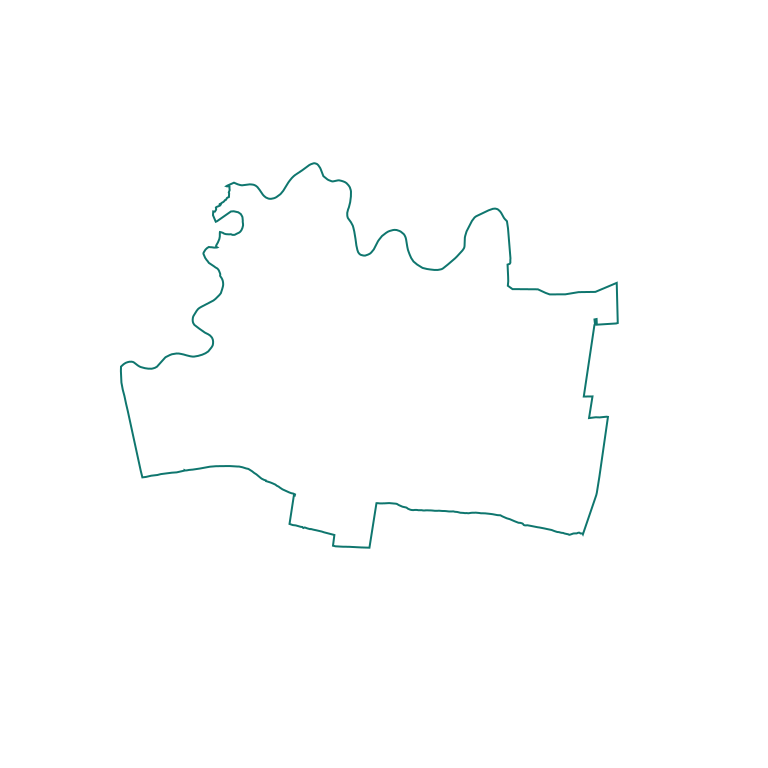 the district of Candesti, Botosani, Romania, rotated 131°
{"feature_id": "2599482B64349718392077", "entity_name": "Candesti", "entity_type": "district", "adm_level": 2, "iso_a3": "ROU", "parent_name": "Romania", "parent_adm1": "Botosani", "projection": "robinson", "projection_center": [26.21, 47.926], "detail": "fine", "context": "isolated", "style": "outline", "palette": "teal", "viewbox_px": 768, "rotation_deg": 131, "n_neighbors": 0, "source": "geoboundaries", "source_scale": "gbopen_adm2", "svg_char_len": 6142}
<svg xmlns="http://www.w3.org/2000/svg" viewBox="0 0 768 768"><g transform="rotate(131 384 384)"><path d="M543.4,593.9L546.8,591.1L555.2,583.1L559.7,577.4L563.3,572.1L568.2,565.6L572.3,559.9L599.8,523.1L609.2,510.5L613.0,505.1L610.2,502.6L605.9,499.5L601.3,495.3L598.4,493.3L590.1,485.9L586.7,482.5L580.3,477.8L579.9,478.1L579.8,477.7L579.6,477.2L578.6,476.2L576.7,474.7L574.1,472.2L568.6,467.5L560.7,461.2L556.2,456.8L547.3,446.8L542.6,440.7L542.0,440.0L541.3,439.1L539.7,436.2L538.1,432.5L537.2,430.9L537.0,430.2L536.4,426.3L536.3,423.7L535.9,421.0L535.8,415.2L535.7,414.1L535.0,411.5L534.3,409.9L534.7,409.4L532.9,405.3L532.1,403.0L531.2,400.0L531.1,398.0L530.6,396.3L530.5,394.5L530.1,391.5L528.0,384.4L527.2,382.3L526.2,380.5L525.7,378.7L526.9,378.1L527.4,378.8L551.6,363.5L550.3,360.3L548.6,357.8L546.4,353.1L545.5,351.8L545.6,351.1L545.6,350.4L544.4,349.8L544.1,349.3L543.3,347.2L542.0,344.5L541.5,344.2L540.2,341.6L538.8,339.1L536.2,334.2L535.3,332.0L530.5,322.4L539.5,316.4L538.3,314.1L533.8,308.3L529.9,303.7L522.4,294.1L517.1,287.6L478.9,311.5L478.4,311.0L476.6,308.5L473.8,305.4L470.5,302.0L466.4,296.3L466.0,295.4L465.7,293.5L464.5,289.6L462.7,286.3L462.5,285.7L462.4,284.0L461.7,281.9L461.1,280.7L460.1,279.3L458.7,278.0L457.3,276.3L456.8,275.4L454.4,272.6L453.8,271.5L452.6,270.1L451.9,269.6L448.2,265.1L446.3,262.4L443.2,258.9L441.9,257.1L439.6,254.3L437.4,251.1L434.6,248.0L434.0,246.8L432.5,244.7L431.0,241.8L429.2,239.5L428.3,238.1L427.3,237.1L426.1,235.4L423.9,233.6L420.8,230.2L418.8,227.4L418.0,226.1L415.4,223.0L412.2,218.4L411.0,216.6L408.5,212.3L406.7,210.0L406.3,208.0L405.4,205.1L404.8,203.2L403.5,200.4L401.9,195.4L400.5,191.5L399.3,189.9L398.5,188.1L398.4,187.6L398.7,186.1L398.4,185.2L397.7,184.2L396.6,183.2L395.0,180.5L391.2,173.9L390.4,172.7L387.8,168.2L386.5,165.8L384.2,161.7L383.2,158.9L382.0,156.1L381.1,154.9L379.9,152.5L378.9,151.1L378.4,149.7L376.5,146.2L376.3,145.3L375.4,144.6L372.6,143.0L371.4,141.8L370.4,140.6L368.8,139.8L368.3,139.3L368.0,138.9L367.9,137.7L366.7,136.3L366.7,135.8L366.9,135.3L333.0,149.1L328.6,150.9L326.5,152.0L312.7,160.6L261.9,193.4L262.7,194.6L267.7,199.3L270.2,202.4L275.2,206.9L256.6,218.5L262.4,225.0L201.4,263.9L200.8,263.6L197.2,267.5L195.5,266.2L199.6,262.3L186.0,248.5L184.6,247.6L155.0,274.7L175.8,284.9L187.0,297.4L197.5,306.1L207.7,317.8L209.2,321.7L211.6,330.0L228.1,349.3L228.6,355.0L225.0,357.6L221.6,360.7L212.8,369.1L210.9,368.0L209.6,368.2L207.3,370.2L206.2,371.0L185.2,392.5L180.5,398.0L180.2,401.2L179.9,402.6L178.1,407.5L177.6,409.5L177.5,411.9L177.6,413.0L178.4,414.7L178.8,415.3L180.4,416.8L184.3,419.0L195.6,423.9L197.0,424.5L198.9,424.9L203.3,424.6L214.7,421.8L218.9,419.9L220.5,419.0L226.7,414.0L227.7,413.3L228.8,412.8L230.5,412.5L232.2,412.4L239.9,412.6L242.5,412.8L252.0,414.2L258.0,415.3L259.4,415.8L260.3,416.4L262.7,418.3L264.8,420.7L267.4,424.5L269.0,427.0L270.7,430.3L271.1,431.1L272.1,437.3L272.2,442.1L271.1,446.1L269.5,449.5L268.1,452.1L267.0,454.0L265.2,456.4L260.3,462.3L259.2,463.9L258.3,465.9L257.9,467.4L258.0,471.2L258.4,472.8L259.5,475.5L260.8,477.2L261.9,478.2L264.9,480.2L266.6,481.0L268.6,481.6L273.7,482.6L278.3,482.4L280.2,482.2L289.1,480.0L292.7,479.9L294.2,480.0L295.3,480.3L296.9,481.0L299.5,482.5L300.6,483.9L301.7,486.1L301.9,487.1L301.9,488.1L301.7,489.1L301.5,489.9L300.4,491.9L297.6,495.7L293.2,500.7L288.4,506.5L286.1,509.7L285.0,511.4L283.6,515.1L282.5,519.8L282.3,520.4L281.2,522.0L279.0,524.0L275.9,525.6L273.7,526.4L269.0,528.8L264.2,532.0L260.4,535.2L259.5,536.3L258.1,538.6L257.7,539.6L257.3,541.3L257.0,544.1L257.3,546.1L257.9,547.8L258.7,549.6L259.8,551.6L260.6,552.4L264.3,555.2L264.9,555.8L265.4,556.7L266.4,559.5L266.7,560.8L266.9,566.1L263.5,572.5L262.8,574.0L262.0,577.1L261.9,578.5L262.1,579.4L262.8,581.0L263.6,581.9L266.0,583.3L267.7,584.0L276.2,585.9L284.2,588.1L286.4,588.5L289.0,588.7L292.2,588.6L294.7,588.4L304.3,586.8L308.1,586.7L309.1,586.8L313.5,587.8L314.8,588.3L316.1,589.0L318.3,590.7L319.1,591.6L319.9,592.9L320.7,595.4L320.8,597.8L320.6,599.6L319.1,605.3L318.4,608.8L318.5,610.9L318.9,612.4L319.4,613.5L320.4,615.0L321.4,616.3L327.2,621.5L328.1,622.9L329.2,625.3L330.5,629.3L337.1,632.4L338.1,632.7L337.9,632.2L337.5,631.8L336.4,630.5L336.3,630.2L337.7,629.0L338.9,627.7L341.3,626.8L341.7,626.0L344.6,623.7L344.8,623.7L345.8,624.3L346.6,624.5L347.5,624.4L348.5,624.1L349.8,624.7L350.7,624.5L352.1,624.7L353.4,625.2L355.0,625.5L355.9,626.0L356.2,626.0L356.3,625.7L356.0,624.9L356.7,624.8L357.9,625.3L360.4,626.6L361.2,626.6L362.0,625.5L362.6,625.1L364.8,624.7L365.2,625.0L365.8,626.1L368.8,623.8L371.5,618.3L371.9,617.4L370.6,616.8L354.2,612.7L352.2,610.7L350.0,606.6L349.7,603.5L350.7,600.7L351.3,599.9L353.4,597.7L354.3,597.0L355.7,595.4L356.8,594.4L359.2,593.2L361.6,592.5L363.4,592.4L364.9,592.7L366.9,593.6L369.2,594.5L369.6,594.8L370.7,596.0L370.9,596.3L371.4,597.8L372.7,599.1L374.6,601.6L375.4,603.3L375.6,604.7L376.5,606.8L376.9,607.5L377.6,607.1L380.4,604.7L382.6,603.4L386.2,602.2L388.8,601.7L390.0,601.3L390.5,600.6L390.3,599.5L390.7,599.7L392.6,601.8L393.8,603.7L394.9,605.1L395.5,606.1L397.5,606.7L399.7,606.9L402.3,606.5L403.5,606.2L404.2,605.7L406.1,601.8L406.8,599.1L407.0,597.6L407.5,595.7L406.7,589.4L406.6,587.8L406.2,585.7L406.2,585.1L406.5,583.6L406.7,583.0L408.2,580.1L408.6,579.6L409.7,578.8L410.0,578.4L410.6,576.1L411.2,574.6L412.1,573.1L413.3,571.7L414.7,570.4L416.2,569.5L418.5,568.4L422.5,566.7L424.7,566.6L430.3,567.0L432.9,567.5L445.6,572.5L447.7,573.2L449.4,573.5L451.7,573.4L456.6,572.6L458.1,572.3L459.4,571.7L461.1,570.5L462.1,569.5L462.7,568.7L463.3,567.6L463.8,565.8L463.4,559.5L462.7,552.8L461.8,549.3L461.5,547.1L461.8,544.6L462.1,543.7L462.9,542.2L464.1,540.8L465.7,539.5L467.3,538.6L469.5,538.2L474.7,538.0L477.9,538.9L481.1,540.4L484.7,542.7L487.9,545.3L489.0,546.6L490.1,548.3L491.9,551.8L493.2,554.6L494.4,556.8L495.6,558.8L497.1,560.6L500.7,563.6L502.6,564.6L506.7,566.3L507.5,566.5L519.9,566.7L522.1,567.5L524.0,568.7L525.0,569.5L527.1,572.0L528.9,574.8L530.7,578.5L531.2,580.0L531.5,582.0L531.8,586.9L532.1,588.0L532.9,589.3L534.3,590.8L535.7,591.8L537.5,592.8L539.9,593.5L543.4,593.9Z" fill="none" stroke="#0f766e" stroke-width="2"/></g></svg>